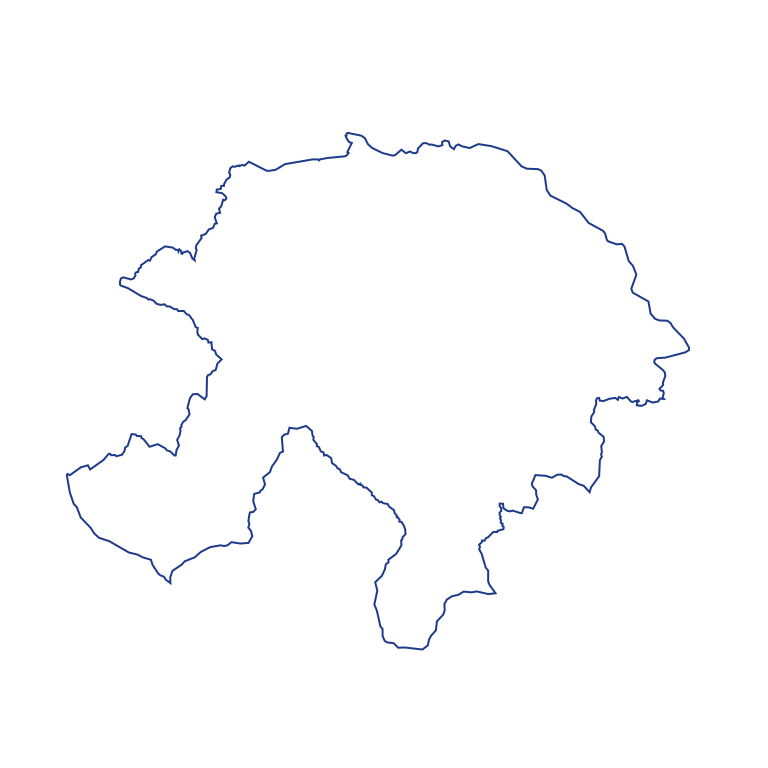 Palermo, Huila, Colombia (orthographic projection), rotated 282°
{"feature_id": "7082276B31327332190978", "entity_name": "Palermo", "entity_type": "district", "adm_level": 2, "iso_a3": "COL", "parent_name": "Colombia", "parent_adm1": "Huila", "projection": "orthographic", "projection_center": [-75.466, 2.914], "detail": "fine", "context": "isolated", "style": "outline", "palette": "blue", "viewbox_px": 768, "rotation_deg": 282, "n_neighbors": 0, "source": "geoboundaries", "source_scale": "gbopen_adm2", "svg_char_len": 6162}
<svg xmlns="http://www.w3.org/2000/svg" viewBox="0 0 768 768"><g transform="rotate(282 384 384)"><path d="M165.9,178.4L164.3,184.1L163.6,192.6L159.1,195.1L152.1,202.1L150.5,204.6L149.7,208.9L147.4,211.0L144.8,216.5L150.3,215.1L157.2,215.9L165.3,223.7L169.2,226.0L175.1,234.9L181.5,239.6L185.5,244.4L188.4,248.1L192.2,257.6L192.3,261.6L193.7,264.4L197.6,267.7L198.1,276.7L200.4,284.5L207.7,286.8L212.7,284.4L215.3,281.1L218.9,281.5L221.7,279.9L227.3,279.5L230.6,279.6L231.7,282.8L234.9,284.6L242.2,280.4L249.5,279.9L252.2,285.1L253.7,285.2L256.0,287.2L261.0,288.5L267.3,285.2L274.1,290.7L279.8,291.5L288.4,295.1L295.0,296.5L296.9,299.2L310.8,295.1L313.7,296.9L315.4,300.4L321.5,300.6L322.1,308.1L326.8,316.6L323.1,323.2L318.6,324.9L317.6,326.2L314.7,326.5L311.2,330.9L309.2,331.2L308.8,333.4L305.0,336.2L304.4,339.2L301.6,340.2L302.6,342.7L300.6,347.6L295.8,349.7L293.9,354.1L291.8,356.2L291.4,358.5L288.8,360.4L287.2,367.3L284.1,370.3L284.0,374.4L280.5,379.8L281.7,381.6L280.4,381.9L280.2,384.1L278.6,385.4L279.0,388.4L275.3,394.6L272.6,395.3L272.3,397.4L269.3,400.2L269.2,402.1L267.3,404.2L268.4,406.1L267.2,407.8L267.4,412.4L265.0,414.7L262.7,420.0L260.1,421.2L257.3,424.4L256.4,424.2L256.3,425.4L254.4,427.5L252.5,427.7L252.8,429.8L250.2,432.3L246.6,434.8L241.6,436.3L237.9,434.0L235.7,434.2L234.6,433.3L230.0,434.6L220.4,431.3L213.0,424.8L210.5,425.5L208.1,423.3L202.9,423.4L195.9,421.8L188.3,416.6L180.6,420.4L166.3,420.4L160.9,424.1L146.1,430.9L144.1,433.5L137.0,435.1L132.8,438.2L131.9,440.9L132.5,447.3L129.0,452.6L130.6,459.3L132.3,476.9L137.5,481.2L143.5,481.2L147.4,482.3L153.9,486.0L162.8,485.1L170.8,489.9L175.6,490.4L181.1,488.8L186.2,490.3L190.6,494.7L193.2,500.5L197.5,505.1L198.4,513.0L200.4,517.9L200.2,529.8L202.5,536.6L209.5,528.9L212.7,526.9L223.1,524.7L225.5,521.7L238.1,514.9L242.2,511.4L244.5,511.8L246.5,510.4L249.5,512.5L251.3,512.4L251.6,514.9L254.3,515.7L255.6,517.5L262.1,521.8L262.7,525.4L264.0,525.7L266.8,531.0L269.1,530.8L269.9,529.1L271.8,529.2L272.6,527.0L275.1,526.8L276.8,525.4L278.5,525.9L279.4,524.6L282.2,523.8L284.4,525.2L287.4,524.1L288.5,522.4L291.1,522.1L291.6,525.3L287.4,526.6L285.7,530.5L285.6,533.7L286.9,536.2L286.1,544.2L286.2,545.6L292.5,546.5L293.5,551.3L293.0,555.8L303.1,558.5L307.4,555.9L311.7,554.8L314.5,550.8L317.1,549.3L326.4,551.1L327.8,561.3L327.2,567.7L331.3,572.4L332.3,576.4L331.3,578.9L331.6,581.9L326.6,595.2L325.9,600.6L320.9,607.6L326.0,608.0L338.5,613.6L354.4,611.0L358.3,612.2L360.0,611.0L362.6,611.3L368.5,609.4L373.5,611.2L378.0,609.8L380.9,604.1L383.1,602.5L383.4,600.6L386.5,599.1L389.6,594.3L395.5,593.6L400.3,595.5L401.9,594.7L408.7,595.8L411.9,594.8L414.2,595.2L415.1,597.3L412.6,598.5L412.9,602.1L416.5,607.7L418.5,613.2L417.1,616.0L420.1,616.4L419.4,620.4L421.9,624.2L418.2,629.3L418.1,630.8L421.0,636.1L420.2,636.9L418.7,635.4L415.7,635.7L416.2,640.6L418.8,644.1L422.7,644.6L421.7,650.7L424.0,656.0L427.0,656.8L427.6,660.9L429.0,659.3L433.1,659.6L435.3,658.5L435.2,655.7L436.5,654.5L441.0,657.2L443.3,656.5L450.1,657.5L453.3,656.5L455.4,654.4L460.0,645.4L461.5,643.8L463.6,643.6L465.9,645.3L468.3,653.7L477.6,672.1L480.6,675.3L483.0,674.8L490.8,667.9L499.5,655.0L503.3,651.5L504.8,647.9L503.4,639.9L504.1,635.6L508.2,630.2L519.7,625.5L525.1,608.3L528.5,606.1L543.5,608.1L551.3,602.9L555.2,597.8L568.5,590.6L570.6,587.6L569.0,582.7L570.1,573.9L571.2,572.1L577.1,569.0L579.3,566.6L584.1,550.7L593.0,540.1L595.3,531.7L598.3,525.2L602.9,507.5L607.7,502.8L621.4,497.8L625.4,493.5L626.2,490.0L624.3,479.0L625.5,473.3L637.4,456.4L639.0,439.6L638.3,426.4L632.6,418.7L632.7,411.0L633.8,407.1L632.0,404.7L628.2,403.5L630.3,399.2L634.7,396.8L634.8,392.8L632.6,390.5L629.7,391.4L627.7,387.6L628.2,380.8L627.5,379.1L628.4,375.2L627.6,372.1L621.4,368.3L617.9,368.4L616.4,367.1L615.9,364.7L616.8,361.0L614.3,357.5L616.8,352.3L610.3,347.4L609.2,345.1L609.6,334.5L612.5,323.1L615.3,318.4L620.5,314.2L622.2,310.2L622.1,296.4L621.2,295.4L619.1,295.7L618.9,294.8L617.0,295.9L613.4,299.4L613.1,302.4L603.2,299.9L602.6,301.3L599.8,300.0L598.5,298.2L593.3,281.6L590.4,274.7L589.2,273.9L590.0,273.1L588.9,267.6L578.5,241.5L571.1,233.6L568.5,227.1L568.3,224.5L573.3,205.6L568.6,202.2L568.9,200.1L567.0,197.0L567.6,196.5L565.5,193.0L565.4,190.7L563.1,188.8L558.7,188.5L556.8,190.1L554.0,190.1L551.2,187.5L546.2,186.0L544.6,186.3L543.9,183.6L540.9,183.8L539.4,180.0L536.8,180.2L537.0,185.9L534.8,189.9L532.6,191.3L530.6,190.0L530.9,188.4L524.3,187.9L521.0,186.2L517.4,188.1L515.7,184.5L512.0,183.7L506.4,187.1L505.7,185.2L501.2,184.3L498.8,180.6L493.6,178.3L491.1,174.3L488.8,175.2L480.8,171.6L477.5,171.7L476.3,172.9L467.1,172.3L465.7,173.0L466.9,170.5L471.9,167.0L473.1,164.1L470.7,160.1L469.3,159.5L469.6,158.6L471.7,158.2L473.1,155.9L471.0,155.4L472.5,154.7L471.9,152.3L473.5,149.2L473.1,141.3L466.3,134.3L463.6,133.9L459.8,130.3L455.9,129.4L456.2,127.6L449.6,121.6L447.5,121.9L445.8,120.2L442.4,120.2L441.9,118.5L440.3,117.6L438.5,118.3L435.3,117.3L433.7,114.9L434.1,106.7L432.5,104.7L429.1,104.5L426.3,105.1L425.5,106.4L424.5,113.7L419.5,128.2L418.8,134.1L417.6,135.9L418.3,137.6L417.6,141.3L415.2,144.7L414.9,148.8L416.3,152.8L414.7,155.6L415.3,158.4L413.6,163.2L414.1,166.0L412.6,167.7L413.8,173.0L411.1,176.6L411.1,178.7L406.7,183.8L400.4,188.1L400.1,190.2L395.9,190.6L393.4,192.0L390.1,197.0L391.3,198.8L390.5,202.5L388.0,203.7L389.0,206.5L382.2,208.6L381.3,211.8L378.1,213.6L374.3,220.1L369.4,216.8L362.8,216.5L360.7,213.5L357.6,212.5L356.0,210.0L354.0,209.4L335.3,213.0L331.7,211.8L335.5,203.6L334.2,199.1L329.6,197.1L319.5,196.7L318.7,198.0L313.9,200.1L307.4,197.5L305.1,195.3L301.5,194.3L300.0,194.9L298.2,193.7L296.1,194.7L291.2,194.7L286.3,193.3L281.2,196.2L276.3,194.8L270.8,195.1L270.5,193.9L273.5,189.1L274.0,185.3L275.6,183.5L278.1,175.2L273.9,167.7L280.1,160.2L280.7,158.2L282.5,157.1L281.7,153.2L283.0,151.7L282.5,147.5L270.1,146.1L268.0,144.0L264.5,144.1L260.3,142.4L257.7,137.2L258.6,135.6L257.6,131.9L258.7,130.7L258.4,129.2L251.5,125.5L239.3,114.3L242.9,111.3L239.6,104.9L229.5,95.7L230.2,93.1L228.9,92.7L212.7,99.2L202.4,105.3L199.6,109.2L190.4,115.1L182.3,127.0L177.7,131.5L174.3,137.2L173.1,148.1L166.1,169.6L165.9,178.4Z" fill="none" stroke="#1e3a8a" stroke-width="2"/></g></svg>